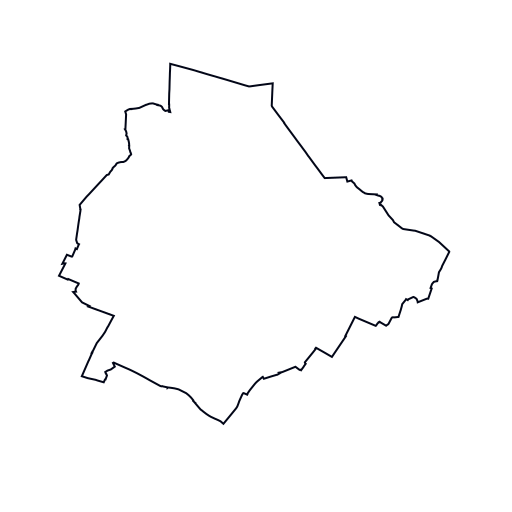 Oldenzaal, Overijssel, Netherlands (Albers equal-area conic projection), rotated 197°
{"feature_id": "6326949B73980764078064", "entity_name": "Oldenzaal", "entity_type": "district", "adm_level": 2, "iso_a3": "NLD", "parent_name": "Netherlands", "parent_adm1": "Overijssel", "projection": "albers", "projection_center": [6.914, 52.308], "detail": "fine", "context": "isolated", "style": "outline", "palette": "ink", "viewbox_px": 512, "rotation_deg": 197, "n_neighbors": 0, "source": "geoboundaries", "source_scale": "gbopen_adm2", "svg_char_len": 5951}
<svg xmlns="http://www.w3.org/2000/svg" viewBox="0 0 512 512"><g transform="rotate(197 256 256)"><path d="M394.2,414.7L394.1,414.4L393.8,413.4L392.6,408.9L391.9,406.1L390.8,402.1L389.6,397.6L388.4,393.3L387.5,390.1L386.5,386.0L383.6,375.7L383.4,375.7L383.1,374.8L382.4,372.3L381.7,371.3L381.7,371.1L381.0,370.1L380.1,368.6L381.6,368.4L382.1,369.3L382.5,369.7L385.1,368.2L386.9,368.8L387.8,369.3L388.5,370.0L389.3,370.9L390.3,371.5L391.5,371.8L392.7,371.7L394.3,371.5L394.3,371.9L395.6,371.8L399.1,371.8L400.1,371.5L401.8,370.8L402.6,370.4L405.1,368.5L405.3,368.5L406.4,367.5L410.0,364.3L410.9,363.5L414.1,361.9L415.7,361.2L417.2,360.6L418.3,360.2L418.2,360.0L418.7,359.8L419.6,359.7L420.0,359.4L420.6,358.9L421.2,358.4L423.3,356.0L421.6,353.4L421.4,352.6L418.0,339.2L418.4,338.9L417.7,338.3L416.7,337.3L415.6,335.4L415.4,333.3L414.1,332.6L413.7,332.1L413.5,331.8L413.0,330.2L412.4,330.3L412.2,330.0L410.9,327.8L410.0,325.9L409.8,325.0L409.8,324.6L409.5,324.5L409.4,324.3L409.3,323.6L408.7,321.6L408.3,321.2L408.0,320.8L407.2,319.7L406.4,318.4L406.0,318.1L405.8,317.7L405.3,317.1L405.1,316.7L405.5,315.8L406.1,314.9L406.5,314.2L406.5,313.2L407.3,311.0L407.8,310.0L408.2,309.2L408.7,308.6L409.3,308.0L410.4,307.1L411.9,306.6L412.7,306.3L414.3,305.4L414.8,305.1L416.2,303.9L416.5,303.2L416.6,302.5L417.0,301.3L418.3,299.2L418.8,298.1L418.7,297.5L418.9,297.0L419.0,296.0L420.0,293.9L420.7,290.9L422.4,289.8L425.8,282.7L426.7,280.9L432.5,268.9L433.8,266.2L435.3,263.3L439.6,253.3L438.7,251.5L438.4,250.9L438.0,250.1L437.6,249.6L437.4,249.3L437.6,249.0L437.4,248.8L437.2,248.3L437.1,247.8L436.5,243.5L436.3,242.0L436.0,240.4L435.6,237.5L435.4,236.1L434.9,232.9L434.1,228.0L433.7,225.0L433.3,222.5L432.8,219.2L432.7,218.9L432.5,218.5L431.1,216.5L430.9,216.2L430.7,216.0L430.5,215.9L428.7,215.5L428.9,214.7L428.9,214.3L429.3,210.5L429.3,210.2L430.2,210.2L430.8,210.4L430.8,208.9L431.6,201.8L432.2,201.5L437.2,201.9L437.6,199.5L437.8,198.4L438.9,192.0L437.7,192.7L436.7,193.1L436.1,193.2L438.6,179.5L433.6,178.9L429.1,178.4L428.9,179.1L424.3,178.6L417.5,177.9L417.5,176.8L417.8,175.8L418.1,175.1L418.4,174.3L418.6,173.2L418.9,172.2L418.5,170.4L418.2,169.9L417.7,169.3L419.1,168.7L419.9,168.3L420.3,168.1L418.8,167.2L408.8,160.8L400.8,159.5L401.5,158.6L374.5,157.2L375.5,152.4L376.9,145.2L377.2,144.5L378.1,139.4L379.5,134.8L380.3,132.7L382.8,126.2L384.3,116.8L384.5,116.8L384.8,115.2L384.3,115.2L384.6,113.8L384.9,111.1L385.3,107.8L385.3,107.5L385.5,106.7L385.6,105.9L387.4,90.1L381.2,90.0L373.1,90.7L371.3,90.6L364.7,90.7L364.3,93.8L364.1,94.1L363.8,94.1L363.6,97.8L363.6,98.2L364.0,98.6L364.4,99.2L364.8,99.3L365.1,99.8L365.4,100.0L365.7,100.2L366.1,100.9L366.2,101.0L364.5,103.0L361.7,105.0L358.7,108.9L361.5,111.9L360.9,112.5L359.5,112.3L358.0,112.1L348.9,111.0L344.4,110.5L341.6,110.1L337.3,109.4L335.5,109.1L328.4,107.7L327.5,107.5L324.7,106.9L321.2,106.1L309.5,103.7L309.1,103.7L308.7,103.7L308.4,103.7L307.9,103.9L307.7,104.1L306.6,104.1L304.3,104.3L302.3,104.5L302.1,104.0L301.9,104.3L301.7,104.5L301.0,104.7L299.9,104.9L298.0,105.2L295.2,105.6L293.6,105.7L291.9,105.8L290.9,105.8L282.7,104.4L281.9,104.1L280.2,103.4L279.1,102.9L278.0,102.3L277.0,101.8L275.9,101.1L273.7,99.6L273.8,99.1L273.4,98.9L272.4,98.3L271.2,97.8L271.3,97.6L265.7,94.0L264.7,93.4L264.4,93.2L264.1,93.0L262.6,92.5L260.7,91.7L257.2,90.4L254.2,89.5L252.0,89.0L249.8,88.7L247.8,88.4L246.7,88.3L244.2,88.0L241.8,87.6L241.2,87.4L239.2,86.5L238.1,86.0L233.7,96.6L230.6,104.2L230.2,105.4L229.9,106.6L229.8,107.8L229.7,109.3L229.6,111.5L229.6,112.1L229.3,114.6L228.7,119.2L228.2,121.0L227.9,121.2L227.7,121.3L223.9,120.8L223.8,121.4L223.9,121.5L224.0,121.7L223.1,124.6L222.7,125.8L222.2,127.1L220.3,131.9L219.7,133.4L219.0,134.9L218.1,136.5L214.4,142.2L214.3,142.3L214.2,142.4L212.6,140.9L206.2,145.3L201.2,148.6L200.9,148.7L198.6,151.2L199.4,151.4L196.9,152.7L188.0,159.9L185.9,161.6L180.4,159.6L180.4,159.3L180.1,160.1L179.5,159.9L178.1,163.9L177.9,164.8L177.3,166.5L177.0,167.4L177.5,167.6L178.2,168.6L173.5,180.1L171.6,185.0L172.1,185.1L171.8,185.8L160.7,183.3L153.9,181.7L146.6,205.5L147.2,205.6L143.6,226.7L139.4,226.1L121.1,224.2L120.9,224.4L120.0,227.2L119.8,227.5L119.6,227.8L118.7,228.7L119.0,228.9L118.6,229.3L117.6,228.9L111.2,227.4L110.5,228.4L109.7,229.3L109.4,230.0L108.2,236.3L107.8,237.1L107.2,237.4L105.6,237.8L101.9,239.4L101.9,241.4L101.8,246.5L101.9,250.4L102.1,252.7L99.8,258.4L99.8,258.6L99.2,258.5L98.0,258.2L97.8,259.0L93.7,262.7L93.6,262.8L93.3,262.8L92.8,262.8L91.8,262.6L90.9,262.3L90.3,262.1L89.9,261.9L89.6,261.6L88.3,260.0L87.8,259.0L80.3,265.0L79.7,265.3L79.3,265.4L78.8,265.5L78.5,276.3L79.7,276.4L79.5,280.4L79.3,281.2L78.4,283.2L77.5,283.8L76.7,284.3L75.4,284.9L75.5,286.0L75.4,286.0L75.8,289.8L76.3,294.0L75.6,296.6L75.3,297.9L75.1,299.3L75.1,300.4L75.1,300.8L73.8,308.1L72.4,316.5L72.5,316.8L85.1,322.9L94.7,326.1L95.0,326.0L95.5,326.1L95.7,326.3L111.2,326.7L112.7,326.4L122.7,324.9L123.7,324.9L124.8,325.2L126.8,326.0L133.8,328.6L135.6,330.4L141.1,333.6L149.1,340.4L151.1,341.3L151.2,341.2L151.3,341.3L151.5,341.3L151.9,341.3L152.4,341.1L153.5,342.8L152.3,343.5L152.2,344.3L151.6,345.4L151.5,345.9L151.4,346.2L151.5,346.7L151.7,346.8L151.8,347.1L151.6,347.6L151.9,347.8L152.1,348.3L152.5,348.4L152.9,348.9L153.9,349.4L154.6,349.5L155.5,349.7L155.8,349.6L156.5,349.5L158.9,349.6L158.8,350.1L160.4,349.7L166.0,348.3L167.4,348.0L168.7,347.9L170.1,347.8L170.9,348.1L172.5,348.4L173.8,348.9L176.6,350.1L179.5,351.2L180.8,352.0L182.0,352.9L183.1,354.1L186.0,355.4L186.7,356.2L190.4,353.9L192.8,357.7L213.1,350.6L216.7,353.2L222.9,357.8L226.1,360.1L232.5,364.9L234.5,366.4L235.3,366.9L237.4,368.6L239.3,370.1L243.0,372.8L244.3,373.8L246.1,375.1L250.9,378.6L252.6,379.9L263.4,387.9L266.2,390.0L268.0,391.4L268.0,391.7L275.5,397.1L284.2,403.5L284.9,404.3L288.9,419.7L290.5,426.0L303.7,420.0L309.3,417.4L311.4,416.4L312.3,416.1L316.4,416.0L336.4,415.9L355.4,415.6L371.0,415.5L383.2,415.1L394.2,414.7Z" fill="none" stroke="#020617" stroke-width="2"/></g></svg>